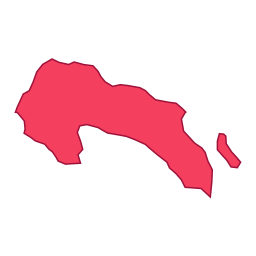 outline of Söderköping, Östergötland, Sweden
{"feature_id": "70781695B48628112229025", "entity_name": "Söderköping", "entity_type": "district", "adm_level": 2, "iso_a3": "SWE", "parent_name": "Sweden", "parent_adm1": "Östergötland", "projection": "orthographic", "projection_center": [16.491, 58.412], "detail": "fine", "context": "isolated", "style": "filled", "palette": "rose", "viewbox_px": 256, "rotation_deg": 0, "n_neighbors": 0, "source": "geoboundaries", "source_scale": "gbopen_adm2", "svg_char_len": 1122}
<svg xmlns="http://www.w3.org/2000/svg" viewBox="0 0 256 256"><path d="M210.3,197.0L211.8,181.9L212.3,169.8L207.9,161.1L205.1,152.3L201.8,148.0L194.6,143.1L189.1,137.1L183.6,131.1L181.4,119.0L185.2,112.5L185.8,112.1L181.9,108.2L176.0,103.2L168.9,102.3L155.5,99.8L149.1,94.4L145.4,90.6L139.9,87.7L128.2,85.6L120.2,84.7L112.7,86.4L105.1,81.8L100.9,76.7L98.0,71.3L93.0,65.8L83.8,64.6L74.1,62.0L68.7,64.5L59.1,62.4L52.0,59.0L42.7,64.4L36.8,71.9L33.0,82.4L29.2,90.7L23.3,94.0L17.3,107.0L15.4,112.3L17.3,112.5L24.3,120.9L25.1,128.9L24.1,133.3L30.1,136.9L35.2,140.8L44.8,144.2L49.0,149.3L52.4,151.8L56.1,157.3L58.2,161.1L65.4,164.1L80.5,163.2L78.0,154.8L82.7,149.4L80.6,141.4L77.3,132.5L79.8,125.8L87.0,124.6L97.9,127.5L107.5,133.0L119.7,135.1L126.5,136.4L135.3,139.8L145.4,144.4L149.6,148.2L158.1,155.3L166.9,162.1L169.5,167.9L176.2,173.8L181.3,179.7L185.1,187.3L191.0,187.7L201.1,188.5L210.3,197.0ZM219.4,133.7L217.4,141.2L217.4,149.7L223.3,156.4L226.7,160.1L231.0,166.9L237.3,167.7L240.6,162.2L236.0,156.7L231.7,152.1L226.2,143.7L225.8,136.2L223.6,134.1L219.4,133.7Z" fill="#f43f5e" stroke="#9f1239" stroke-width="1.5"/></svg>